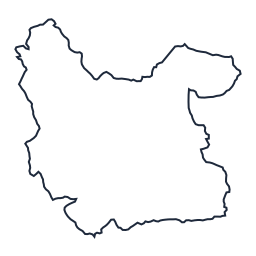 outline of Itu, São Paulo, Brazil
{"feature_id": "56859067B86457761831209", "entity_name": "Itu", "entity_type": "district", "adm_level": 2, "iso_a3": "BRA", "parent_name": "Brazil", "parent_adm1": "São Paulo", "projection": "albers", "projection_center": [-47.284, -23.298], "detail": "fine", "context": "isolated", "style": "outline", "palette": "slate", "viewbox_px": 256, "rotation_deg": 0, "n_neighbors": 0, "source": "geoboundaries", "source_scale": "gbopen_adm2", "svg_char_len": 3818}
<svg xmlns="http://www.w3.org/2000/svg" viewBox="0 0 256 256"><path d="M229.3,192.0L229.6,189.5L229.0,186.4L227.0,183.8L226.0,181.6L226.1,178.3L226.4,175.1L225.3,171.8L223.3,169.8L222.7,167.5L218.7,165.9L216.6,165.1L214.2,164.0L212.3,163.2L209.8,162.5L206.2,162.1L204.1,159.4L203.0,157.6L202.6,154.4L201.5,152.0L200.9,149.4L203.5,148.8L207.5,147.4L209.1,144.6L207.5,141.7L206.1,139.0L208.8,138.6L208.8,134.9L206.3,133.8L204.9,131.0L205.2,127.7L203.6,125.2L198.6,125.2L195.7,124.2L194.0,121.6L192.5,118.3L191.8,115.5L190.1,112.8L189.5,110.5L188.7,108.0L188.5,101.6L188.6,94.7L189.0,89.2L190.7,90.3L193.5,90.5L195.7,91.8L196.8,94.7L198.6,97.2L201.1,97.5L204.7,97.6L208.1,97.2L210.7,97.0L213.1,96.9L216.7,95.9L219.9,95.5L222.9,94.5L224.7,93.1L226.6,90.9L229.2,89.9L231.0,87.9L232.4,86.3L234.0,83.5L235.0,80.7L236.7,79.2L237.5,76.3L240.6,73.9L239.8,70.7L236.7,68.9L235.3,67.1L233.2,64.9L232.9,61.8L232.7,58.8L231.1,56.3L229.1,57.0L224.7,56.9L222.2,56.3L218.3,55.0L216.1,54.7L212.8,55.2L209.9,54.0L205.8,52.3L201.1,51.7L196.3,50.8L193.3,49.5L190.5,48.8L188.2,48.0L186.6,46.2L184.7,44.1L183.0,45.9L180.7,46.4L178.0,46.1L175.1,46.5L162.0,62.4L159.4,63.1L156.9,64.5L156.2,67.2L154.1,67.1L152.8,69.6L152.1,72.2L151.9,75.5L149.8,76.9L147.2,76.8L145.0,77.1L142.4,76.8L142.0,79.0L140.7,81.1L136.6,81.2L133.3,79.6L131.2,80.6L128.8,79.6L125.7,79.1L121.8,78.6L118.5,78.8L116.3,78.7L113.7,78.0L111.4,75.1L108.8,73.3L106.4,71.9L103.6,73.0L101.9,74.4L100.1,76.2L98.6,78.2L96.8,79.5L94.2,78.8L92.1,75.9L90.1,73.6L88.4,72.1L86.9,70.6L84.1,68.1L81.9,64.4L81.4,61.7L81.6,58.7L82.0,56.3L81.7,53.6L79.7,52.2L77.3,52.6L74.6,52.1L71.4,50.2L69.6,48.6L68.7,45.6L68.8,42.7L68.3,40.0L66.7,38.2L64.2,36.4L62.0,33.7L60.9,31.8L60.1,29.5L58.2,27.7L55.5,27.0L53.7,25.4L55.5,23.8L54.1,21.2L51.6,19.3L48.4,19.7L46.1,21.8L43.0,24.6L40.0,24.7L37.8,25.8L34.1,26.8L30.9,28.1L29.5,29.8L30.2,32.7L29.8,35.6L28.5,38.4L27.1,40.4L26.1,43.9L28.6,47.0L28.6,49.2L25.9,48.4L23.3,45.8L19.8,46.4L16.3,47.3L15.4,49.2L17.1,52.2L19.6,54.3L20.3,56.3L17.1,57.0L18.8,59.0L21.0,59.4L22.2,61.4L22.7,63.9L24.0,66.4L25.8,67.5L26.6,69.8L24.8,72.0L23.7,74.4L22.7,76.6L21.7,78.6L20.6,81.1L19.0,84.2L20.2,85.9L22.0,88.8L24.1,91.2L25.4,93.4L26.8,97.0L28.1,99.8L30.4,101.7L32.0,103.9L31.7,106.2L32.4,108.9L33.2,111.5L33.2,114.1L34.2,117.2L36.0,120.2L37.2,123.8L38.9,126.0L39.6,128.6L38.2,130.8L36.0,135.8L33.7,138.1L31.7,139.5L29.9,140.8L26.9,141.8L25.3,143.7L28.0,147.9L28.2,150.3L29.2,153.0L29.5,156.2L29.9,158.8L28.8,161.9L29.9,165.3L30.2,167.9L29.4,170.9L30.3,173.9L33.8,176.0L36.4,173.8L38.4,171.8L40.6,173.9L42.0,177.4L43.0,179.4L43.2,182.1L43.8,184.3L44.1,186.7L45.9,189.3L48.4,191.3L50.0,194.0L51.4,197.4L52.9,199.9L55.5,198.7L58.3,198.1L60.5,198.1L63.0,197.7L64.7,196.6L67.6,197.0L70.5,198.9L73.4,199.2L76.2,198.9L75.0,201.6L72.1,202.8L69.3,204.1L66.5,205.8L64.7,207.6L64.4,209.9L65.4,212.6L66.5,214.5L67.9,216.5L70.5,219.2L73.2,221.0L75.4,222.5L76.1,225.3L77.4,227.5L79.4,229.2L82.6,231.0L85.1,234.0L87.5,234.1L89.7,233.5L92.6,234.4L94.4,236.7L95.1,233.8L97.0,232.7L99.7,233.4L101.6,232.6L101.2,229.4L103.1,227.5L105.2,226.1L106.8,224.8L108.6,222.9L111.1,219.7L113.8,219.5L115.2,221.7L116.5,224.8L118.4,227.6L120.5,227.8L122.6,229.9L125.6,230.0L128.3,229.4L130.7,227.2L132.8,226.0L137.5,222.7L141.4,224.4L143.8,223.3L145.4,221.4L148.1,222.1L150.6,221.6L153.6,220.2L156.1,221.2L158.3,221.5L160.3,220.5L162.7,220.0L165.1,219.7L168.2,219.4L171.4,219.3L173.7,219.3L176.0,219.2L179.5,220.3L182.0,222.3L184.1,222.2L186.1,220.3L188.9,220.2L191.3,220.9L194.7,220.3L197.7,220.0L200.0,220.0L202.8,220.4L205.4,219.7L207.6,219.2L210.3,219.2L212.5,218.8L214.4,216.6L217.6,216.6L220.5,216.7L222.4,215.9L225.2,215.6L224.6,212.1L226.7,209.9L226.4,207.7L224.2,206.9L224.6,203.9L223.7,201.6L223.7,199.4L225.4,194.9L226.5,192.4L229.3,192.0Z" fill="none" stroke="#1e293b" stroke-width="2"/></svg>